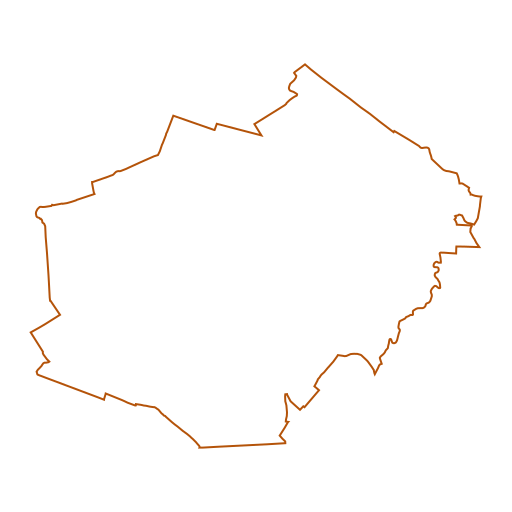 Andrid, Satu Mare, Romania (Albers equal-area conic projection)
{"feature_id": "2599482B72200274127305", "entity_name": "Andrid", "entity_type": "district", "adm_level": 2, "iso_a3": "ROU", "parent_name": "Romania", "parent_adm1": "Satu Mare", "projection": "albers", "projection_center": [22.373, 47.533], "detail": "fine", "context": "isolated", "style": "outline", "palette": "amber", "viewbox_px": 512, "rotation_deg": 0, "n_neighbors": 0, "source": "geoboundaries", "source_scale": "gbopen_adm2", "svg_char_len": 6004}
<svg xmlns="http://www.w3.org/2000/svg" viewBox="0 0 512 512"><path d="M319.0,390.2L314.4,386.3L315.3,384.7L317.5,380.5L317.6,380.3L317.8,379.4L319.8,377.1L320.6,375.7L321.6,374.5L324.1,372.3L328.0,367.6L329.1,366.5L329.2,366.3L332.2,362.9L333.2,361.8L337.1,356.4L337.9,355.1L343.4,355.9L344.2,356.1L345.1,356.1L346.3,356.0L350.6,354.1L352.4,353.9L354.0,353.8L357.4,353.9L360.2,354.7L361.3,355.2L366.3,359.9L367.5,361.1L368.2,362.0L371.7,366.8L373.1,369.0L373.8,370.0L373.9,370.9L374.4,373.2L374.8,374.2L376.6,370.7L377.9,368.3L379.0,365.7L379.3,365.2L379.9,364.5L381.7,363.8L380.2,359.4L379.8,357.9L379.9,357.6L380.7,356.4L383.3,354.2L384.1,353.3L384.8,352.4L385.7,350.5L386.0,350.1L387.6,348.4L387.8,348.1L387.9,347.7L388.1,346.3L388.5,344.6L388.8,343.7L389.0,342.1L389.4,339.9L389.6,339.4L389.9,339.1L390.2,339.0L390.7,339.1L391.1,339.4L392.0,342.0L392.3,342.6L392.7,342.9L393.2,343.1L393.9,343.2L394.7,343.1L395.8,342.5L396.4,341.6L397.0,340.4L397.5,338.6L397.9,336.9L398.9,333.1L399.6,331.5L399.8,330.7L399.8,329.9L399.7,329.5L398.6,328.2L398.4,327.1L398.5,326.2L399.0,323.5L399.5,321.5L399.8,321.2L400.5,320.8L403.6,319.3L405.2,318.4L405.5,318.0L405.9,317.3L406.3,317.0L408.1,316.3L408.9,315.9L410.5,314.9L412.3,315.0L412.8,314.8L413.0,314.4L412.9,312.8L412.9,311.6L413.0,311.2L413.2,310.7L414.6,309.8L416.2,308.8L417.9,308.2L422.7,308.1L423.5,307.8L424.2,307.4L424.7,306.9L425.3,306.2L425.6,305.4L425.8,304.4L426.4,303.6L426.7,303.4L428.6,302.7L428.9,302.5L429.7,301.7L430.3,300.9L431.5,297.3L431.8,296.3L431.8,295.5L431.8,294.9L431.6,294.2L431.2,293.3L430.8,291.9L430.8,291.2L431.0,290.6L431.4,289.7L432.0,288.7L432.5,288.1L433.5,287.0L434.3,286.2L434.8,285.9L435.2,285.9L436.2,286.1L438.5,288.0L438.9,288.1L439.5,288.1L440.0,288.0L440.2,287.6L440.0,284.9L439.7,283.2L439.4,282.2L438.3,280.5L437.6,279.1L436.2,277.7L435.8,277.4L435.3,276.7L434.8,275.7L434.7,275.3L434.8,274.3L435.0,273.7L435.2,273.2L435.6,272.9L437.2,272.3L437.7,271.9L438.0,271.7L438.4,270.9L438.6,270.5L438.7,270.0L438.6,268.8L438.3,267.9L437.5,267.3L434.6,267.1L434.1,266.9L433.8,266.6L433.6,266.0L433.6,265.4L433.7,264.6L434.2,263.4L434.7,262.9L435.1,262.5L435.8,262.0L436.4,261.8L436.8,261.8L437.5,262.0L438.2,262.6L438.6,262.7L440.8,262.7L440.9,261.7L440.4,257.3L439.7,254.0L439.7,253.6L439.7,253.3L439.9,253.0L440.2,252.8L440.7,252.6L444.3,252.7L449.8,253.1L456.1,253.5L456.3,247.2L456.4,246.5L464.2,246.6L479.3,247.1L476.5,243.1L474.3,238.9L473.7,238.2L470.3,232.0L470.6,228.4L470.9,228.1L471.2,227.3L471.8,226.2L471.8,225.9L471.4,225.5L456.8,224.7L456.6,223.2L456.1,222.0L455.7,221.1L455.2,220.2L454.5,219.4L455.9,217.9L455.9,217.6L455.8,217.1L455.1,216.1L455.7,215.8L457.7,215.5L458.9,214.7L459.3,214.7L459.7,214.7L462.5,215.7L463.0,215.7L462.3,216.0L463.3,217.8L464.5,220.5L465.1,221.2L467.1,222.7L467.6,222.9L470.7,223.5L473.3,224.3L474.1,224.6L476.1,221.4L477.3,219.2L477.8,218.2L478.2,216.0L479.9,206.4L480.0,204.7L480.6,199.8L480.8,198.2L481.3,196.5L479.6,196.5L478.0,196.3L475.0,195.8L473.2,195.2L471.8,194.6L471.1,194.5L470.6,194.6L470.5,193.8L470.1,192.7L469.3,191.8L469.0,191.3L468.7,190.6L468.6,190.0L468.7,189.3L468.9,188.5L469.1,187.8L462.6,183.6L461.7,183.4L459.5,183.5L458.8,179.4L458.1,176.7L457.5,175.0L456.7,173.3L449.4,171.4L448.2,171.2L446.3,171.0L445.2,170.6L444.1,170.2L443.0,169.5L442.0,168.7L431.7,159.0L431.3,157.0L430.8,155.2L430.3,153.9L429.7,152.0L429.2,149.3L428.7,148.4L427.8,147.8L426.7,147.5L424.8,147.6L422.2,148.0L421.4,147.9L420.8,147.7L420.3,147.4L419.0,146.0L408.9,139.7L394.3,131.0L393.6,132.2L379.3,121.3L370.0,113.9L360.8,107.4L349.8,98.7L343.4,94.1L336.2,88.8L321.3,77.7L310.8,69.4L305.0,64.4L294.7,72.1L294.1,72.9L296.3,75.9L295.9,77.6L294.1,80.3L293.2,81.1L290.3,83.7L289.5,85.6L289.1,86.9L288.9,87.8L289.0,88.9L289.8,90.3L290.1,90.6L291.3,91.1L293.6,91.9L296.8,93.9L297.1,94.2L296.9,95.3L296.6,95.7L294.6,96.6L291.9,98.4L289.5,100.2L286.8,102.8L286.4,103.3L286.2,103.9L284.7,105.2L254.4,124.1L261.4,135.4L216.8,123.8L214.6,130.0L214.3,130.0L173.3,115.7L167.1,131.9L166.2,133.6L165.9,135.1L162.7,143.3L162.0,144.7L161.8,145.3L159.8,151.3L157.9,155.1L156.8,155.4L154.0,156.3L140.4,162.3L128.4,167.8L126.1,168.9L120.7,171.0L119.8,171.2L118.2,171.1L117.1,171.4L116.5,171.6L116.0,171.9L115.1,172.7L113.4,174.5L112.8,174.9L112.1,175.2L110.6,175.7L108.1,176.7L92.8,182.0L92.1,182.0L92.1,183.3L93.3,189.9L93.8,192.4L94.5,194.0L76.7,199.9L75.9,200.4L71.3,201.9L67.0,203.1L62.5,203.8L62.2,203.6L61.9,203.6L53.6,205.2L52.1,204.8L51.5,205.9L45.0,206.9L43.2,207.0L42.3,207.0L40.8,206.8L39.7,207.0L38.2,208.4L37.7,208.9L37.2,209.7L36.2,211.7L36.0,212.5L35.9,213.7L36.0,214.1L36.4,216.1L36.9,216.9L37.3,217.2L38.2,217.6L39.3,217.9L40.3,219.0L40.8,218.8L41.9,220.0L42.3,221.5L42.4,222.5L44.1,223.7L45.2,226.2L45.7,237.2L47.0,253.2L48.5,275.3L48.9,282.3L49.7,297.5L50.1,300.8L50.6,300.9L60.0,314.8L45.7,323.8L39.1,327.7L30.7,332.4L42.9,351.7L42.8,353.1L43.4,354.5L46.9,359.2L49.3,361.6L48.5,362.2L46.0,362.7L44.4,362.7L43.3,363.3L42.2,364.8L41.4,366.1L40.6,366.9L40.0,367.6L37.8,369.8L36.6,371.7L37.4,374.4L37.6,374.6L40.0,375.6L40.4,375.7L45.9,377.8L98.1,397.4L104.0,399.7L104.1,398.9L104.4,398.0L105.5,394.5L105.7,393.5L121.8,400.0L124.5,401.2L127.6,402.7L135.2,405.5L135.8,405.4L135.9,404.1L136.6,404.2L140.7,404.8L142.5,405.2L142.9,405.3L143.6,405.5L146.2,405.8L149.7,406.6L153.1,407.1L154.3,407.1L155.6,407.7L156.9,408.7L158.2,409.5L158.9,410.2L161.2,413.0L161.9,413.7L162.7,414.2L163.8,415.5L165.2,416.0L166.0,416.9L172.1,422.3L174.8,424.5L177.5,426.5L182.8,430.9L187.1,434.0L190.0,436.4L191.5,437.9L192.6,438.8L193.6,439.8L196.3,442.5L196.7,443.1L199.2,445.9L199.6,446.8L199.7,447.2L199.5,447.6L202.7,447.6L218.9,446.7L266.9,444.3L285.3,443.2L285.2,441.4L284.8,441.0L284.1,440.3L282.6,438.9L279.7,435.6L284.6,427.9L287.9,422.2L288.2,421.9L285.8,421.5L286.0,419.5L286.8,416.1L287.0,412.4L286.4,405.5L286.0,403.8L285.3,401.3L285.1,396.3L285.3,394.3L287.0,394.1L287.1,394.7L290.6,401.3L300.0,409.8L303.3,406.3L304.5,407.2L319.0,390.2Z" fill="none" stroke="#b45309" stroke-width="2"/></svg>